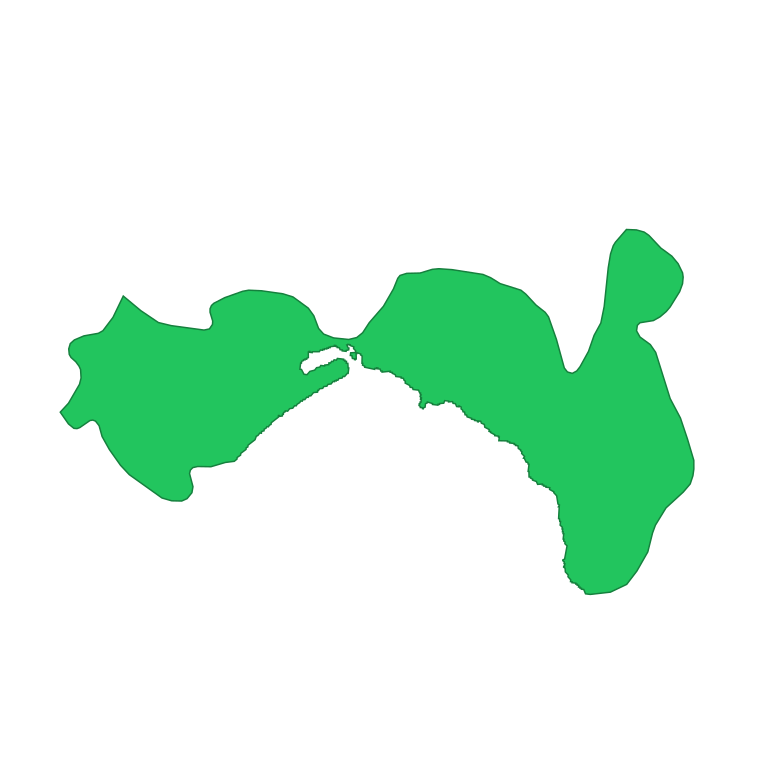 Jaquimeyes, Barahona, Dominican Republic, rotated 7°
{"feature_id": "3306468B18666570412255", "entity_name": "Jaquimeyes", "entity_type": "district", "adm_level": 2, "iso_a3": "DOM", "parent_name": "Dominican Republic", "parent_adm1": "Barahona", "projection": "robinson", "projection_center": [-71.041, 18.313], "detail": "fine", "context": "isolated", "style": "filled", "palette": "green", "viewbox_px": 768, "rotation_deg": 7, "n_neighbors": 0, "source": "geoboundaries", "source_scale": "gbopen_adm2", "svg_char_len": 6112}
<svg xmlns="http://www.w3.org/2000/svg" viewBox="0 0 768 768"><g transform="rotate(7 384 384)"><path d="M642.3,215.4L628.8,204.2L623.7,201.5L615.8,200.3L605.8,201.1L596.4,215.1L594.7,218.8L593.0,227.3L592.4,241.3L593.1,280.2L591.8,297.0L586.6,310.1L583.0,326.7L576.5,342.9L573.7,347.6L569.6,350.5L564.6,349.7L561.0,346.1L549.7,318.7L539.1,297.3L535.2,293.2L525.2,287.1L513.9,277.6L508.5,274.2L487.0,270.2L476.9,265.5L468.9,263.2L437.6,262.2L424.4,262.9L418.0,264.3L406.2,269.5L393.1,271.4L386.7,274.3L384.8,277.4L381.8,288.5L374.0,306.9L361.9,324.9L356.6,335.7L351.3,341.2L343.5,344.1L328.4,344.4L318.0,341.8L312.3,336.8L306.0,324.8L299.6,317.9L283.1,308.7L272.7,306.8L251.0,306.4L238.2,307.4L232.4,309.2L215.4,317.7L205.3,324.6L203.2,327.1L202.2,330.5L202.6,334.0L206.3,342.4L206.5,345.8L204.0,350.6L198.8,352.4L165.7,352.0L152.6,350.5L133.8,340.9L114.5,328.5L106.9,350.9L98.5,365.4L94.3,368.5L80.3,372.8L71.3,378.0L67.7,382.1L66.8,387.6L68.0,393.0L70.1,395.8L75.4,399.5L79.1,403.4L81.1,406.7L82.6,415.0L81.8,421.4L73.2,441.5L66.1,451.4L75.7,462.1L81.6,465.8L84.7,465.7L87.4,464.3L96.6,456.1L99.4,455.3L102.2,456.0L106.3,460.1L110.6,470.5L119.4,482.5L132.4,496.8L142.2,505.0L177.5,524.2L187.5,525.8L197.5,524.8L202.5,521.8L206.6,515.3L206.9,509.2L201.9,496.6L202.3,493.1L204.4,490.3L209.1,488.6L222.3,487.2L236.1,481.2L244.8,479.0L247.2,476.5L247.2,474.8L250.3,472.1L250.3,470.3L255.0,465.8L255.0,464.0L256.5,463.1L256.5,461.3L262.8,455.0L263.6,451.4L265.1,450.5L266.7,447.8L268.3,447.8L268.3,446.0L270.6,445.1L270.6,443.3L272.2,442.4L272.9,440.6L274.5,440.6L275.3,438.8L276.8,437.9L276.8,436.2L283.1,429.9L283.1,428.1L283.9,428.1L283.9,429.0L287.0,428.1L287.0,426.3L287.8,426.3L287.8,424.5L289.3,423.6L289.3,422.7L291.7,422.7L293.3,420.0L296.4,419.1L297.9,416.4L299.5,416.4L300.3,414.6L302.6,412.8L303.4,411.0L305.0,411.0L305.7,409.2L307.3,409.2L308.9,406.5L310.4,406.5L311.2,404.7L312.8,404.7L315.1,401.1L319.0,400.2L319.0,398.4L319.8,398.4L320.6,396.6L323.7,395.8L324.5,393.9L327.6,393.1L328.4,391.2L331.5,390.4L333.1,387.7L334.6,387.7L334.6,386.8L336.2,386.8L336.2,385.9L337.8,385.9L338.5,384.1L341.7,383.2L342.4,381.4L344.0,381.4L346.4,377.8L347.1,377.8L347.1,372.4L346.4,372.4L345.6,367.9L344.0,367.9L344.0,366.1L342.4,366.1L342.4,365.2L340.9,365.2L340.9,364.3L334.6,364.3L333.9,366.1L331.5,366.1L330.7,367.9L329.2,367.9L328.4,369.7L326.8,369.7L326.8,371.5L322.9,372.4L322.9,373.3L319.0,373.3L318.2,375.1L315.1,376.0L313.5,378.7L308.9,380.5L306.5,384.1L303.4,384.1L300.3,379.6L298.7,379.6L298.7,373.3L299.5,373.3L299.5,371.5L301.1,370.6L301.1,369.7L302.6,369.7L302.6,368.8L304.2,368.8L304.2,367.9L305.7,367.0L305.0,361.6L305.7,361.6L305.7,360.7L306.5,360.7L306.5,361.6L308.9,361.6L308.9,360.7L315.9,359.8L316.7,358.0L319.0,358.0L319.0,357.1L320.6,357.1L320.6,356.2L322.9,356.2L322.9,355.3L324.5,355.3L324.5,354.4L326.1,354.4L326.1,353.5L330.0,352.6L330.0,351.7L331.5,351.7L331.5,352.6L333.1,352.6L333.1,353.5L335.4,353.5L336.2,355.3L338.5,355.3L338.5,356.2L342.4,356.2L342.4,355.3L344.8,354.4L344.8,352.6L344.0,352.6L342.4,349.9L343.2,349.9L343.2,349.1L345.6,349.1L345.6,349.9L349.5,350.8L349.5,352.6L351.8,354.4L351.8,356.2L347.1,357.1L347.1,359.8L348.7,359.8L349.5,362.5L351.8,362.5L351.8,363.4L352.6,363.4L352.6,362.5L353.4,362.5L352.6,357.1L353.4,357.1L353.4,356.2L357.3,357.1L357.3,358.0L358.9,358.9L359.6,366.1L360.4,366.1L360.4,367.9L362.8,368.8L362.8,369.7L372.9,370.6L372.9,369.7L374.5,369.7L374.5,368.8L376.0,368.8L376.0,369.7L378.4,369.7L379.2,371.5L380.7,371.5L380.7,372.4L388.6,370.6L388.6,371.5L390.9,371.5L390.9,372.4L394.0,373.3L394.8,375.1L400.3,375.1L400.3,376.0L402.6,376.0L403.4,377.8L404.9,378.7L404.9,380.5L409.6,382.3L410.4,384.1L412.7,384.1L413.5,385.9L419.0,385.9L420.6,388.6L421.4,388.6L421.4,390.4L422.1,390.4L421.4,392.2L422.9,393.1L422.9,393.9L422.1,393.9L422.1,394.8L422.9,394.8L422.9,397.5L422.1,397.5L422.1,399.3L421.4,399.3L421.4,401.1L422.9,402.0L422.9,402.9L425.3,402.9L425.3,403.8L426.0,403.8L426.0,402.9L427.6,402.0L427.6,398.4L429.2,397.5L429.2,396.6L434.6,397.5L434.6,398.4L440.1,398.4L440.1,397.5L441.6,397.5L441.6,396.6L445.6,395.8L446.3,393.1L450.3,393.1L450.3,393.9L454.2,393.1L454.9,394.8L457.3,394.8L458.8,397.5L461.2,397.5L461.2,396.6L463.5,397.5L463.5,399.3L465.1,400.2L465.9,402.0L467.4,402.0L468.2,404.7L469.8,404.7L470.5,406.5L475.2,407.4L475.2,408.3L478.4,408.3L478.4,409.2L481.5,409.2L481.5,410.1L482.3,410.1L482.3,409.2L484.6,409.2L485.4,411.0L488.5,411.9L489.3,414.6L494.0,416.4L494.0,418.2L495.6,418.2L495.6,419.1L500.2,420.9L500.2,421.8L504.1,421.8L504.1,422.7L504.9,422.7L504.9,426.3L513.5,425.4L513.5,426.3L515.9,426.3L515.9,427.2L520.6,427.2L520.6,428.1L522.1,428.1L522.1,429.0L524.5,429.0L525.2,431.7L527.6,432.6L527.6,433.5L529.1,434.4L529.1,436.2L532.3,438.8L531.5,440.6L532.3,440.6L534.6,444.2L536.2,444.2L536.9,446.0L537.7,446.0L537.7,453.2L538.5,453.2L539.3,458.6L540.9,458.6L540.9,459.5L543.2,460.4L543.2,461.3L547.1,462.2L548.7,464.9L553.4,464.0L553.4,464.9L554.9,464.9L554.9,465.8L557.3,465.8L557.3,466.7L561.2,466.7L561.2,468.5L565.8,470.3L565.8,471.2L569.0,473.9L571.3,481.9L572.9,482.8L572.1,484.6L572.9,484.6L573.7,496.3L574.5,496.3L575.2,499.0L576.0,499.0L576.0,502.6L578.4,504.4L578.4,506.2L579.1,506.2L579.1,508.9L579.9,508.9L579.9,510.7L580.7,510.7L580.7,516.1L581.5,516.1L581.5,517.9L583.0,518.8L583.0,520.5L585.4,522.3L584.6,535.8L583.0,536.7L583.0,537.6L584.6,538.5L584.6,540.3L585.4,540.3L585.4,543.0L584.6,543.0L584.6,543.9L586.2,544.8L586.9,548.4L590.1,551.1L590.1,552.9L593.2,555.6L593.2,557.4L594.8,557.4L594.8,558.3L598.7,558.3L598.7,559.2L600.2,559.2L600.2,560.1L601.8,560.1L601.8,561.8L603.4,561.8L603.4,562.7L604.9,562.7L604.9,563.6L607.3,563.6L609.6,567.7L614.4,567.7L634.1,563.0L649.3,553.3L657.8,538.8L666.3,518.5L668.7,499.1L670.6,491.0L679.0,472.6L694.2,454.8L700.1,445.9L701.8,437.4L701.9,430.7L700.8,422.0L691.9,401.6L682.4,381.7L669.8,363.6L649.8,319.5L643.5,312.4L632.4,306.2L628.2,300.5L628.3,294.9L630.6,292.0L643.7,288.2L649.9,283.6L655.3,277.7L658.6,272.7L666.2,256.3L668.1,248.1L667.9,241.5L666.8,237.3L661.3,228.8L654.1,222.0L642.3,215.4Z" fill="#22c55e" stroke="#15803d" stroke-width="1.5"/></g></svg>